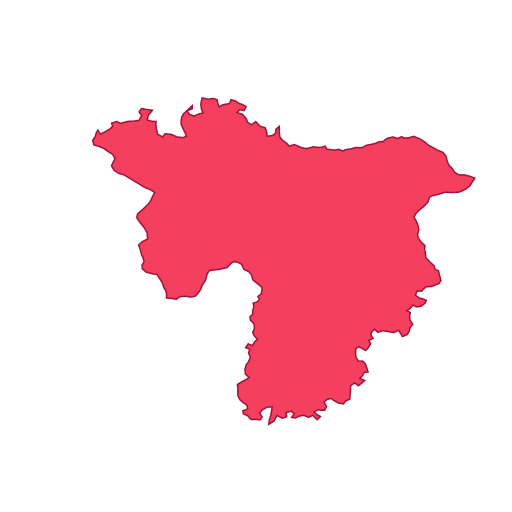 the district of Boa Vista do Incra, Rio Grande do Sul, Brazil, rotated 106°
{"feature_id": "56859067B24562210990052", "entity_name": "Boa Vista do Incra", "entity_type": "district", "adm_level": 2, "iso_a3": "BRA", "parent_name": "Brazil", "parent_adm1": "Rio Grande do Sul", "projection": "mercator", "projection_center": [-53.454, -28.887], "detail": "fine", "context": "isolated", "style": "filled", "palette": "rose", "viewbox_px": 512, "rotation_deg": 106, "n_neighbors": 0, "source": "geoboundaries", "source_scale": "gbopen_adm2", "svg_char_len": 4555}
<svg xmlns="http://www.w3.org/2000/svg" viewBox="0 0 512 512"><g transform="rotate(106 256 256)"><path d="M135.4,362.4L139.3,364.9L143.2,365.7L147.2,365.1L150.5,363.9L153.5,361.4L156.1,359.0L160.0,355.8L162.2,358.6L163.4,364.7L162.4,370.8L163.6,377.2L167.3,378.5L166.1,384.1L161.7,386.5L157.9,388.3L154.2,389.2L155.3,393.5L155.3,398.0L150.6,398.4L144.5,395.8L145.1,400.2L145.9,406.8L149.8,408.1L152.4,404.6L157.8,405.8L160.2,411.0L161.8,416.0L164.3,420.2L165.9,423.2L165.1,426.9L168.1,431.5L170.9,429.4L174.5,431.8L178.4,435.5L181.7,439.2L178.6,442.7L181.7,443.5L185.9,443.5L189.6,444.9L193.9,442.5L193.9,436.7L194.6,431.6L196.6,426.3L197.8,421.7L201.4,418.4L206.0,419.3L209.2,419.7L212.7,416.1L214.5,410.4L214.3,405.9L215.3,401.7L216.5,397.4L218.2,391.0L220.1,384.3L220.9,380.8L221.2,376.4L222.8,370.9L227.7,371.9L233.0,372.7L237.6,374.8L243.6,378.5L248.3,381.5L251.9,381.2L254.8,378.0L257.4,374.5L259.9,370.9L263.5,367.1L269.6,364.9L273.5,369.2L277.8,371.8L283.2,368.0L286.5,366.3L288.8,364.1L292.6,362.0L296.1,363.1L299.7,361.7L301.8,356.9L301.6,350.5L301.1,346.0L307.2,339.0L311.7,335.8L314.7,332.8L317.6,331.3L321.1,330.5L320.1,325.8L319.5,320.5L316.2,318.2L314.0,312.4L313.4,307.2L311.5,303.5L308.1,301.5L302.9,299.9L299.3,299.8L295.9,298.6L292.0,297.8L286.5,298.0L282.7,296.7L279.0,287.7L275.0,280.5L271.1,278.6L268.0,276.5L267.0,272.6L267.8,267.7L272.1,264.0L273.2,258.4L275.4,255.1L279.8,252.5L282.5,246.1L284.5,241.5L287.6,240.9L291.2,240.6L294.3,243.0L297.0,240.6L300.2,242.6L302.1,245.8L305.5,244.0L308.9,244.1L313.2,243.1L316.0,245.0L319.4,243.6L321.5,239.5L325.6,237.6L330.5,238.1L333.5,235.4L335.6,231.6L339.0,233.7L343.1,234.8L342.6,239.3L347.0,240.7L347.3,236.4L351.3,236.4L354.7,233.5L359.9,234.1L363.3,235.4L367.9,235.4L372.4,233.7L374.7,229.1L377.9,231.9L381.1,235.3L384.6,238.5L388.3,236.9L391.9,236.0L395.5,234.7L398.7,231.7L400.3,228.1L402.1,223.2L405.7,222.0L408.4,226.0L411.3,224.5L411.7,220.3L414.5,215.8L413.0,210.7L412.3,206.7L409.0,205.8L406.0,209.2L402.3,207.6L398.2,203.6L396.6,198.9L400.9,198.3L405.0,197.8L409.1,198.0L414.3,197.4L409.8,193.3L403.5,191.8L404.7,186.2L402.1,182.2L398.2,184.0L395.5,179.5L397.0,175.8L401.4,177.2L400.7,173.3L397.8,170.0L396.0,166.1L396.6,161.0L393.5,157.6L396.4,152.0L392.5,149.8L391.7,153.5L390.2,157.2L387.0,154.3L385.4,147.5L381.3,146.7L378.0,150.2L374.6,148.5L372.2,144.5L373.7,140.5L374.6,135.8L374.0,131.1L370.7,129.8L367.6,126.3L363.4,127.4L359.4,128.0L354.8,129.4L350.8,126.2L352.5,121.8L348.7,119.1L345.7,117.2L345.0,122.5L341.9,120.7L338.0,120.0L336.6,116.3L333.3,118.5L329.8,120.9L327.6,124.3L328.8,128.5L326.0,131.9L322.7,133.3L317.6,134.5L315.0,132.4L315.5,128.5L316.7,124.6L313.2,122.8L308.7,121.6L306.0,124.2L303.0,120.7L300.1,124.0L296.7,123.8L293.6,121.7L295.8,118.0L292.8,113.5L292.1,107.6L291.7,102.4L288.1,98.7L290.5,95.7L293.1,93.1L290.0,89.1L285.9,88.0L282.0,88.1L278.6,86.4L275.1,90.4L271.6,91.7L267.9,92.1L266.9,96.0L263.8,93.3L259.9,91.5L260.7,87.5L258.6,83.3L255.0,80.6L251.7,80.1L251.2,84.0L251.4,87.5L249.7,92.0L245.3,91.4L244.1,87.1L238.8,84.2L237.1,79.1L234.7,76.0L231.8,72.4L228.5,71.4L224.0,74.3L219.9,76.5L219.6,80.1L216.3,82.1L213.8,87.3L210.7,92.4L206.4,93.9L203.6,95.7L199.5,96.4L196.6,102.0L193.4,105.4L190.3,106.7L185.8,106.7L181.3,109.2L178.6,111.3L175.0,115.0L170.3,113.7L166.5,111.4L161.7,108.2L156.7,105.6L151.7,105.4L149.3,103.0L147.6,99.7L145.3,96.0L142.5,91.7L141.3,86.2L138.9,79.0L136.9,76.2L133.5,72.5L129.4,69.7L125.1,68.5L120.9,67.1L120.4,72.5L120.6,78.2L122.1,82.7L120.9,88.1L117.8,91.5L115.5,95.6L112.6,98.0L107.6,101.0L104.8,105.0L104.2,111.0L102.8,116.6L102.0,120.9L99.9,125.1L98.3,130.8L97.5,137.4L99.7,140.8L101.7,145.3L101.3,149.1L104.0,152.3L103.9,157.3L106.8,162.4L111.0,165.5L112.2,169.2L115.0,172.5L117.4,176.8L119.2,180.5L122.6,183.8L124.3,190.2L127.2,194.7L128.8,198.8L131.1,201.4L130.7,206.1L132.5,209.4L133.1,213.1L133.8,217.4L131.3,219.9L133.3,222.5L134.5,226.3L135.3,231.2L137.4,234.3L139.1,238.0L139.2,242.8L138.3,249.8L141.2,254.3L139.1,257.8L137.8,261.8L135.0,265.9L130.1,267.9L125.0,269.4L128.7,271.8L132.7,271.0L135.8,273.6L137.8,278.4L133.9,279.9L130.2,282.5L130.2,287.7L126.9,293.3L131.1,296.4L129.9,300.9L126.8,303.1L123.6,307.9L123.3,313.9L119.9,312.0L119.4,307.5L115.1,306.7L114.2,310.7L113.9,314.9L112.6,318.2L112.6,323.1L116.8,323.5L119.7,329.5L122.8,332.4L119.7,334.9L116.6,336.3L116.3,340.4L118.5,345.3L118.9,351.4L125.3,350.9L129.9,348.9L133.1,346.4L135.2,350.1L138.6,354.0L138.1,359.2L135.4,362.4ZM135.4,362.4L132.1,357.9L129.1,358.7L135.4,362.4Z" fill="#f43f5e" stroke="#9f1239" stroke-width="1.5"/></g></svg>